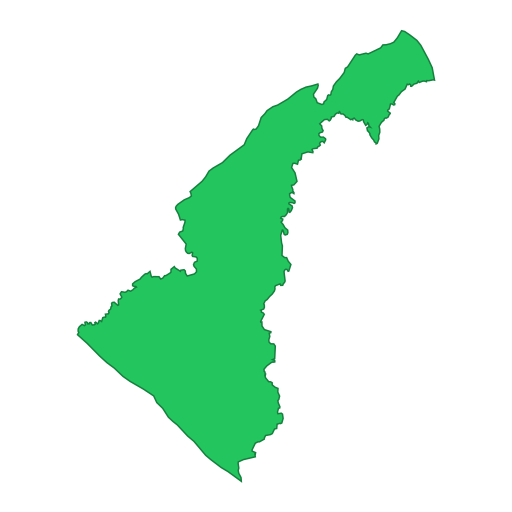 District #4, Grand Bassa, Liberia
{"feature_id": "62588387B61310853787803", "entity_name": "District #4", "entity_type": "district", "adm_level": 2, "iso_a3": "LBR", "parent_name": "Liberia", "parent_adm1": "Grand Bassa", "projection": "mercator", "projection_center": [-9.694, 5.903], "detail": "fine", "context": "isolated", "style": "filled", "palette": "green", "viewbox_px": 512, "rotation_deg": 0, "n_neighbors": 0, "source": "geoboundaries", "source_scale": "gbopen_adm2", "svg_char_len": 6044}
<svg xmlns="http://www.w3.org/2000/svg" viewBox="0 0 512 512"><path d="M202.2,181.2L190.1,191.6L190.9,193.3L191.4,195.9L189.4,197.6L184.3,199.8L177.9,204.3L176.2,206.2L175.6,207.6L175.7,209.0L178.6,214.3L180.4,220.0L182.4,219.6L185.0,220.2L185.0,222.1L183.2,227.4L183.3,228.8L182.7,231.0L179.7,232.1L178.4,234.3L186.2,244.1L185.3,248.6L185.6,250.7L186.4,252.1L187.7,253.3L189.2,253.5L191.9,252.2L192.7,252.9L192.1,255.3L192.6,256.4L196.0,256.9L197.3,258.3L197.2,261.1L194.5,262.3L193.5,264.7L194.1,266.4L196.4,269.0L196.5,271.8L194.5,273.9L187.2,276.0L185.5,273.3L185.3,271.0L184.1,269.7L180.8,270.2L180.4,271.3L175.1,267.9L174.3,266.6L171.0,269.3L171.0,272.0L170.1,273.0L165.9,275.6L164.6,275.7L162.7,278.2L160.7,279.0L159.0,276.7L153.6,276.6L152.1,277.2L151.2,276.1L150.0,271.4L147.2,273.8L146.1,273.6L144.8,274.2L141.3,277.4L140.2,279.0L135.1,281.7L132.6,283.9L132.6,285.7L134.0,286.4L135.8,286.4L136.5,287.1L134.2,288.3L133.0,289.7L130.6,291.2L128.0,290.2L126.5,291.7L125.0,292.3L121.5,291.7L120.1,293.9L121.8,297.1L120.9,298.5L119.8,299.1L118.6,299.0L118.2,300.5L118.6,304.9L117.8,305.4L114.2,302.2L112.3,302.5L111.6,303.3L111.9,306.0L111.1,306.7L110.6,309.1L109.0,310.3L108.5,311.4L109.0,312.6L108.4,313.8L105.4,314.2L105.8,316.3L105.5,317.2L104.4,317.1L102.8,317.6L101.6,321.5L100.1,320.5L99.2,320.5L98.4,322.9L97.7,323.8L95.6,322.1L94.8,322.7L95.3,324.1L94.3,324.8L92.3,325.0L90.8,322.5L89.6,322.6L89.3,323.8L87.8,323.9L87.5,322.6L86.2,321.9L84.9,322.3L85.4,324.9L84.4,325.6L82.1,324.4L79.4,326.7L78.2,328.9L78.1,331.2L78.8,332.3L77.5,334.7L87.2,343.4L99.6,356.0L107.1,362.8L114.3,368.1L123.0,376.4L130.1,381.4L143.1,388.9L153.7,395.9L156.8,402.6L162.7,408.3L168.4,417.2L173.0,421.5L177.3,424.9L187.7,436.1L193.9,441.3L205.7,455.3L210.9,459.7L221.3,467.6L228.0,471.6L241.3,481.3L241.0,477.5L238.8,473.4L238.2,470.5L238.8,468.1L238.1,463.2L238.3,461.9L243.4,459.6L255.3,456.8L254.9,454.2L255.3,454.3L255.6,452.6L252.1,451.1L252.1,449.8L255.3,443.2L257.8,441.9L259.5,441.8L264.3,439.1L264.4,437.9L265.6,435.5L270.4,434.6L272.3,433.6L274.5,429.0L276.7,428.5L277.1,424.2L280.0,423.3L280.5,423.6L281.8,423.0L283.1,418.4L282.5,414.1L281.3,413.2L277.9,413.7L277.5,412.1L278.5,408.2L279.7,408.0L279.9,406.8L278.3,403.0L277.8,400.7L278.8,399.4L279.6,396.1L277.8,392.1L278.0,388.4L275.2,387.3L272.3,385.0L272.1,382.6L270.5,381.8L268.7,381.7L265.6,377.9L265.1,376.4L265.5,374.5L265.0,374.7L265.2,373.7L264.9,371.9L264.2,371.5L264.0,369.2L266.9,365.8L271.2,362.6L273.1,361.9L273.7,362.2L274.8,361.9L274.7,360.4L272.5,359.6L274.7,358.6L275.3,346.1L273.8,343.9L270.7,343.8L269.0,342.0L268.8,339.8L269.8,336.5L269.2,333.2L270.8,332.7L270.9,331.7L264.4,329.6L262.0,326.0L261.9,322.0L260.7,322.1L260.6,321.6L264.3,314.3L262.9,312.7L261.4,312.2L261.3,310.7L260.7,310.2L263.7,309.0L264.4,307.3L264.3,304.9L263.7,303.9L265.2,300.8L267.1,299.6L269.6,296.5L272.3,294.0L274.4,291.0L275.0,288.9L274.8,286.9L275.5,285.7L280.0,283.9L280.7,285.4L282.7,285.3L283.3,283.8L284.6,282.3L285.1,281.0L284.0,271.6L284.7,270.0L285.9,269.2L287.0,269.5L288.1,271.3L288.8,271.1L290.9,264.5L288.2,261.2L286.6,257.6L284.7,257.6L282.0,255.5L282.4,245.9L281.6,243.0L280.7,235.4L282.3,230.1L282.8,230.1L283.4,231.6L284.2,234.4L285.2,235.0L287.3,234.3L287.9,232.6L287.7,230.1L284.9,227.7L283.2,224.6L281.1,222.1L282.5,220.6L282.8,219.1L280.7,218.2L281.1,217.1L282.3,216.5L284.5,216.5L286.2,214.8L287.5,212.6L287.5,209.0L288.0,208.4L288.5,208.5L288.8,209.3L289.2,212.1L289.8,212.4L291.3,210.6L292.5,207.7L292.1,205.9L288.9,203.9L288.8,203.1L289.5,202.5L292.5,202.7L294.1,203.4L295.0,202.8L295.0,201.0L290.2,197.4L289.7,195.6L289.6,193.7L290.4,193.2L292.0,192.4L293.9,193.6L294.0,192.8L292.8,190.8L292.8,189.4L291.7,186.6L291.5,185.3L293.8,184.9L297.0,181.4L295.0,172.8L291.6,167.5L292.9,163.4L294.5,163.2L297.5,164.2L298.5,160.2L300.2,160.0L301.3,159.1L300.8,158.3L301.3,158.1L301.9,153.8L307.9,151.9L312.8,152.7L313.0,151.7L312.0,149.4L313.1,148.7L317.1,148.2L318.0,146.6L319.4,146.0L320.3,145.1L319.6,143.5L320.4,142.1L322.1,141.4L322.9,141.5L324.2,142.8L325.7,139.8L325.5,138.7L323.4,137.1L320.6,137.2L319.0,135.5L318.9,133.7L319.9,132.8L322.5,132.0L323.1,130.6L321.9,128.4L321.7,125.9L319.7,123.8L324.4,119.6L327.4,119.3L329.2,120.9L330.1,120.3L331.2,118.4L331.3,117.1L334.1,116.4L335.4,114.2L337.2,112.9L338.5,113.2L339.3,111.6L340.0,112.2L340.2,113.4L341.1,114.0L343.1,114.0L345.0,115.5L345.9,117.2L347.3,117.3L350.8,119.7L352.0,119.1L352.8,119.8L353.2,118.5L354.2,118.1L355.8,120.0L358.1,121.2L359.8,121.0L362.2,119.6L363.3,119.9L363.6,121.7L365.7,125.4L367.0,124.5L367.7,122.8L368.4,123.4L368.9,125.6L370.3,127.2L368.7,126.7L366.9,127.9L367.5,130.9L368.1,131.1L369.9,133.6L369.9,134.8L371.8,138.0L373.7,140.1L374.4,141.8L376.1,143.1L376.1,143.9L376.7,143.7L377.3,143.2L378.9,138.9L378.7,135.4L379.8,132.4L379.7,129.0L379.1,126.3L380.9,123.2L382.4,121.4L383.8,120.5L384.3,118.8L385.3,118.0L386.5,118.1L388.2,117.0L389.3,114.4L390.2,113.7L390.2,113.1L387.6,111.1L387.8,110.1L389.3,108.9L390.5,104.0L392.0,104.0L393.6,105.0L394.7,104.7L394.9,103.8L393.8,102.5L397.4,96.1L398.9,95.0L401.4,91.7L405.1,89.0L407.2,84.2L408.3,84.7L409.6,84.0L410.5,84.6L410.7,86.2L411.6,86.3L414.1,84.0L416.9,83.3L418.3,81.2L419.2,82.5L422.5,81.2L424.2,81.0L426.5,81.7L426.7,80.6L428.9,80.7L433.2,79.8L434.5,80.1L432.2,67.7L428.3,59.3L420.8,45.3L416.9,40.4L410.0,35.1L404.7,31.5L401.6,30.7L397.3,37.9L393.8,42.2L390.2,43.8L385.9,44.8L382.9,44.9L380.6,47.9L368.1,53.9L366.0,53.2L359.2,54.9L356.7,53.9L355.3,55.2L347.6,66.9L345.3,68.3L344.2,72.5L339.7,78.5L336.4,81.8L333.4,86.0L332.8,89.4L331.3,91.8L330.8,94.7L330.1,95.2L328.5,94.9L327.7,95.6L326.7,99.5L324.1,101.8L323.6,103.8L321.9,104.5L317.2,102.7L315.8,98.8L313.8,96.9L313.5,94.1L317.5,88.2L318.2,85.4L317.9,84.0L311.6,85.9L306.0,87.1L300.8,89.4L296.5,92.0L287.8,99.1L277.6,105.1L272.9,106.7L267.1,110.6L264.8,113.8L261.2,117.5L258.5,125.8L256.1,129.1L254.0,129.5L253.4,129.1L252.6,129.9L246.8,138.6L244.2,144.8L230.1,155.1L222.5,162.6L213.3,167.9L209.0,171.1L205.8,176.6L202.2,181.2Z" fill="#22c55e" stroke="#15803d" stroke-width="1.5"/></svg>